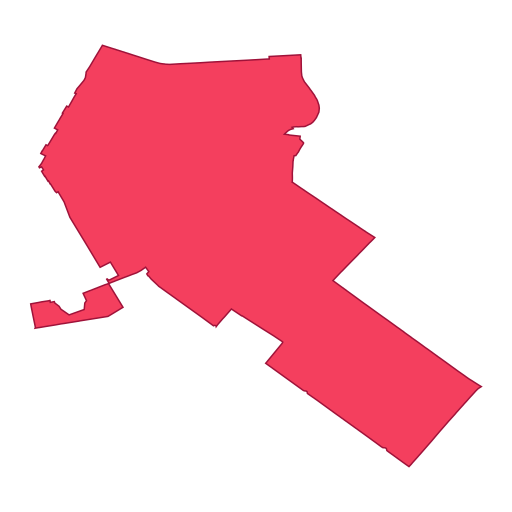 outline of Popesti Leordeni, Ilfov, Romania
{"feature_id": "2599482B19564761828929", "entity_name": "Popesti Leordeni", "entity_type": "district", "adm_level": 2, "iso_a3": "ROU", "parent_name": "Romania", "parent_adm1": "Ilfov", "projection": "natural_earth1", "projection_center": [26.205, 44.348], "detail": "fine", "context": "isolated", "style": "filled", "palette": "rose", "viewbox_px": 512, "rotation_deg": 0, "n_neighbors": 0, "source": "geoboundaries", "source_scale": "gbopen_adm2", "svg_char_len": 4922}
<svg xmlns="http://www.w3.org/2000/svg" viewBox="0 0 512 512"><path d="M80.3,320.8L94.2,318.6L108.0,316.4L112.8,313.5L123.0,307.3L108.6,283.7L111.0,282.6L112.5,282.0L114.2,281.4L115.3,280.9L119.2,279.4L124.6,277.3L127.9,276.1L131.7,274.6L136.7,272.8L141.1,270.4L145.6,267.2L148.8,271.6L146.8,273.9L147.9,275.8L148.7,276.1L150.6,278.4L150.9,278.8L151.3,279.2L157.9,285.4L158.6,286.2L202.5,317.7L213.5,325.8L213.9,325.6L214.2,325.4L214.7,325.4L215.4,325.5L215.9,325.7L216.1,326.0L216.2,326.6L217.7,324.6L222.7,318.8L224.5,316.9L231.4,309.0L241.7,315.9L242.1,315.8L252.3,322.3L262.8,329.0L273.5,335.7L282.6,341.8L282.7,342.4L282.1,343.4L265.7,363.3L303.4,390.5L304.0,390.7L305.1,391.0L305.6,391.0L305.9,391.0L306.6,391.3L307.1,391.7L307.2,392.1L307.3,393.2L307.6,393.6L317.2,400.3L334.1,412.6L367.5,436.6L381.0,446.5L382.2,447.3L383.0,447.7L383.9,447.7L385.4,447.9L386.2,448.4L386.5,448.9L386.7,450.0L386.9,450.6L389.0,452.2L393.9,455.7L394.4,456.1L405.3,464.0L408.3,466.1L409.0,466.6L410.6,464.9L411.1,464.4L412.5,462.7L416.1,458.7L419.0,455.4L419.7,454.6L420.1,454.2L432.2,440.3L436.5,435.2L438.9,432.4L439.4,431.8L442.9,427.8L448.9,420.9L455.5,413.6L456.1,412.8L459.5,409.0L461.4,406.9L463.5,404.6L463.8,404.2L464.7,403.2L466.3,401.5L467.7,399.9L470.0,397.3L471.3,395.9L471.7,395.5L472.7,394.4L473.5,393.5L473.9,393.1L474.3,392.6L475.4,391.4L475.6,391.1L475.9,390.9L476.0,390.7L476.4,390.4L476.6,390.2L477.0,389.7L477.6,389.2L478.0,388.8L478.2,388.6L481.3,386.6L479.3,385.4L475.0,382.7L471.9,380.7L469.6,379.3L467.4,377.8L466.0,376.8L465.2,376.2L461.1,373.3L457.1,370.5L451.2,366.2L449.7,365.1L443.2,360.4L439.3,357.6L438.1,356.8L433.2,353.2L427.7,349.2L425.2,347.5L422.0,345.1L419.6,343.4L419.0,342.9L417.7,342.0L411.9,337.9L411.2,337.3L408.1,335.1L406.4,333.9L404.2,332.3L403.9,332.0L403.8,331.9L403.6,331.8L403.6,331.7L401.5,330.3L400.9,329.8L400.7,329.7L399.8,329.0L396.9,327.0L396.8,326.9L387.7,320.3L381.9,316.2L375.1,311.3L368.2,306.3L363.7,303.1L347.8,291.5L332.9,280.6L339.1,274.0L341.4,271.6L342.4,270.7L347.2,265.7L348.0,264.9L351.8,261.0L352.9,259.9L353.8,259.0L358.4,254.3L358.5,254.1L362.0,250.6L364.6,247.9L369.5,242.8L370.4,242.0L373.2,239.2L374.8,237.5L370.4,234.7L367.5,232.9L366.6,232.3L366.1,232.0L365.7,231.7L361.8,229.1L360.0,227.9L351.1,221.9L346.5,218.9L337.4,212.7L337.2,212.6L335.0,211.1L328.3,206.6L318.2,199.7L307.0,192.2L299.8,187.3L295.9,184.6L292.2,182.1L292.3,182.0L292.4,178.6L292.4,177.1L292.3,173.1L292.8,166.8L293.0,162.0L293.0,161.9L293.0,161.6L293.1,161.1L293.1,160.9L293.2,160.7L293.3,160.2L293.3,159.9L293.3,159.6L293.4,159.1L293.6,158.1L294.1,155.7L295.8,155.6L297.8,152.7L298.4,152.0L298.6,151.6L299.5,149.8L300.2,148.6L301.1,147.1L301.8,146.1L303.3,143.8L303.6,143.0L303.4,142.6L299.8,139.1L300.2,136.2L299.4,136.1L289.0,135.0L288.7,134.7L284.4,134.2L285.2,133.3L288.4,130.5L290.6,129.4L293.2,128.7L292.1,127.3L294.0,126.9L296.2,126.7L298.3,126.8L301.4,126.6L303.3,126.6L305.1,126.4L306.4,125.8L308.9,124.6L310.6,123.9L312.7,122.3L314.4,120.4L316.4,117.6L318.9,112.1L319.3,108.2L318.9,105.1L318.3,103.4L317.4,100.7L316.8,99.4L315.0,96.5L314.6,95.5L310.9,90.3L310.4,89.8L309.4,88.2L304.4,81.8L302.6,78.2L301.8,75.9L301.4,71.9L301.2,62.2L301.2,58.0L300.9,57.9L300.9,56.8L300.7,54.8L269.1,56.5L269.1,56.8L269.3,59.0L266.2,59.1L257.9,59.6L245.6,60.3L243.5,60.4L220.1,61.6L209.0,62.2L199.6,62.8L189.9,63.3L181.4,63.7L174.7,64.1L169.7,64.4L165.5,64.2L164.5,64.0L162.4,63.8L161.1,63.6L159.8,63.4L155.1,62.1L145.6,59.1L138.2,56.7L102.4,45.3L102.3,45.5L102.2,45.7L101.6,46.7L95.4,57.0L89.8,66.5L86.1,72.1L86.1,73.1L85.4,77.6L84.5,79.4L83.9,80.5L79.0,86.4L77.0,88.7L74.7,93.1L76.2,93.7L74.1,97.1L71.2,102.3L68.5,107.0L66.7,106.1L62.4,113.1L63.0,113.4L62.7,114.1L60.3,118.0L59.5,119.4L59.3,119.8L58.6,120.9L57.3,123.1L54.4,128.1L57.7,129.9L55.7,133.4L55.4,133.2L54.8,134.0L54.3,134.7L53.9,135.4L52.5,137.7L52.5,137.8L52.1,138.4L48.2,144.9L47.6,145.6L46.0,144.8L42.1,151.3L42.0,151.2L41.5,152.1L40.8,153.5L45.6,155.9L44.9,157.2L44.3,158.5L43.6,159.6L43.3,160.2L42.2,162.2L41.8,163.0L41.4,163.6L40.4,164.9L40.3,165.1L38.9,166.8L39.5,167.8L41.5,166.9L41.7,167.2L41.8,167.2L43.5,169.9L41.6,171.2L41.9,171.7L42.3,172.4L42.4,172.6L44.7,176.4L45.0,176.2L48.0,181.2L48.5,180.9L50.2,184.0L50.5,183.9L55.1,191.3L56.6,192.7L58.1,191.8L64.1,201.9L69.9,217.3L87.4,246.1L100.1,267.3L110.4,262.1L118.5,275.5L109.6,279.9L108.7,280.0L108.4,279.9L107.1,278.9L106.7,279.2L109.1,283.3L107.1,284.1L106.1,284.4L104.9,284.8L83.1,293.3L86.5,300.7L84.8,303.0L84.2,309.5L69.1,314.9L60.9,309.2L59.1,306.3L54.8,303.0L54.3,301.6L50.3,302.4L50.0,300.4L49.9,300.4L49.6,300.5L48.7,300.8L44.5,301.4L41.3,301.9L38.4,302.5L32.2,303.6L30.7,303.9L31.1,306.2L33.1,316.2L35.1,325.9L35.2,326.5L35.4,327.5L35.1,328.2L35.6,328.1L36.9,327.9L38.7,327.6L39.0,327.6L45.5,326.5L55.5,324.9L60.9,323.9L64.6,323.4L65.7,323.2L72.6,322.1L79.4,321.0L79.5,320.9L80.2,320.8L80.3,320.8Z" fill="#f43f5e" stroke="#9f1239" stroke-width="1.5"/></svg>